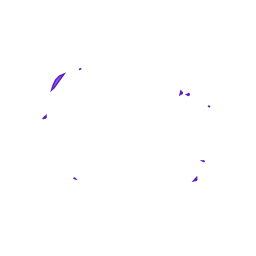 outline of Thaa, rotated 227°
{"feature_id": "MDV-5238", "entity_name": "Thaa", "entity_type": "Atoll", "adm_level": 1, "iso_a3": "MDV", "parent_name": "Maldives", "parent_adm1": "", "projection": "albers", "projection_center": [73.162, 2.359], "detail": "fine", "context": "isolated", "style": "filled", "palette": "violet", "viewbox_px": 256, "rotation_deg": 227, "n_neighbors": 0, "source": "natural_earth", "source_scale": "10m", "svg_char_len": 822}
<svg xmlns="http://www.w3.org/2000/svg" viewBox="0 0 256 256"><g transform="rotate(227 128 128)"><path d="M207.9,98.1L210.6,102.9L212.2,107.0L212.5,107.9L212.8,113.1L211.1,118.0L207.8,101.2L207.9,98.1ZM44.6,140.0L45.0,144.4L43.3,143.0L43.2,142.1L43.9,141.2L44.6,140.0ZM116.9,188.8L117.4,189.6L118.9,191.8L116.7,191.8L116.3,191.2L116.6,190.0L116.9,188.8ZM192.9,71.9L193.0,76.4L192.5,76.0L191.7,75.4L191.6,74.4L192.3,73.3L192.9,71.9ZM112.4,193.8L112.0,194.6L112.0,195.5L111.8,195.9L110.7,195.6L110.5,194.6L110.9,194.2L111.6,194.1L112.4,193.8ZM53.1,160.1L52.3,161.0L51.1,160.8L53.1,160.1ZM128.3,53.8L127.7,54.9L126.6,54.9L128.3,53.8ZM89.5,201.5L88.6,202.2L88.0,202.2L87.4,202.2L87.5,202.2L89.5,201.5ZM204.0,132.1L204.0,132.4L203.9,133.6L203.4,134.3L204.0,132.1Z" fill="#8b5cf6" stroke="#5b21b6" stroke-width="1.5"/></g></svg>